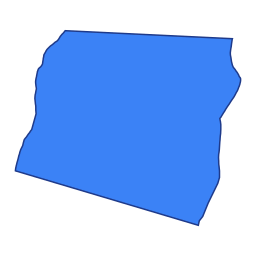 Martin, Choiseul, Saint Lucia (Robinson projection)
{"feature_id": "8701671B20776144053651", "entity_name": "Martin", "entity_type": "district", "adm_level": 2, "iso_a3": "LCA", "parent_name": "Saint Lucia", "parent_adm1": "Choiseul", "projection": "robinson", "projection_center": [-61.046, 13.789], "detail": "fine", "context": "isolated", "style": "filled", "palette": "blue", "viewbox_px": 256, "rotation_deg": 0, "n_neighbors": 0, "source": "geoboundaries", "source_scale": "gbopen_adm2", "svg_char_len": 2697}
<svg xmlns="http://www.w3.org/2000/svg" viewBox="0 0 256 256"><path d="M232.4,38.7L65.2,30.7L64.8,31.2L63.2,33.2L62.1,34.2L61.5,34.9L61.3,35.2L60.7,35.9L60.3,36.4L60.1,36.7L59.8,37.2L59.3,38.1L58.8,38.9L58.4,39.5L57.9,40.1L57.3,40.8L57.0,41.0L56.6,41.4L56.1,41.6L55.5,42.0L55.1,42.2L54.7,42.6L54.1,43.1L53.5,43.7L53.2,43.9L52.9,44.2L52.0,44.9L50.7,45.8L50.0,46.4L49.4,47.0L48.8,47.6L48.0,48.4L47.6,48.8L46.9,49.6L46.6,50.1L46.1,50.8L45.7,51.7L44.5,53.8L44.0,54.6L43.8,55.5L43.7,56.1L43.7,56.5L43.6,57.1L43.3,58.1L43.2,59.2L43.1,60.0L42.9,61.1L42.8,61.8L42.7,62.4L42.5,64.0L42.1,64.7L41.5,65.7L40.6,66.9L40.4,67.1L40.0,67.3L39.4,67.9L38.8,68.4L38.5,68.8L38.2,69.4L37.6,71.2L37.4,71.6L37.2,73.0L36.9,74.2L36.9,74.5L36.7,75.4L36.6,75.8L36.5,76.7L36.1,78.2L36.0,78.7L35.9,79.4L35.7,80.4L35.7,80.8L35.6,81.5L35.6,82.4L35.7,83.7L35.9,85.1L35.9,85.6L36.1,86.8L36.2,87.2L36.3,88.1L36.4,89.0L36.2,89.7L36.1,90.1L35.8,91.8L35.6,92.9L35.5,93.6L35.2,94.7L35.1,95.3L35.1,95.8L35.0,96.4L35.0,96.7L35.0,97.1L35.0,97.4L34.9,97.7L34.9,98.9L35.1,100.4L35.1,101.0L35.2,101.5L35.3,102.6L35.4,103.8L35.7,105.5L35.8,107.1L35.8,108.2L35.8,109.3L35.8,110.4L35.9,110.9L35.9,111.4L36.0,112.8L36.1,113.2L36.0,114.1L31.7,129.6L31.2,130.2L30.5,131.1L30.2,131.5L29.9,132.1L29.2,133.1L28.8,133.5L28.2,134.3L27.4,135.5L26.6,136.7L26.4,137.0L25.8,137.7L25.4,138.1L25.0,138.7L24.6,139.1L24.3,139.6L24.0,140.4L23.8,141.2L23.4,142.6L22.7,145.6L22.0,147.0L21.6,147.8L21.1,148.8L20.8,149.5L20.6,149.9L20.5,150.4L20.2,151.2L19.8,152.3L19.7,152.8L19.5,153.8L19.2,154.7L18.8,155.8L18.6,156.7L18.3,158.0L18.0,159.2L17.7,160.3L17.3,161.7L17.1,162.3L17.0,162.7L16.7,164.0L16.5,164.8L16.3,165.5L16.2,166.0L15.7,168.2L15.4,170.8L15.6,170.9L198.3,225.3L199.3,220.8L202.7,216.5L208.2,203.0L217.8,183.3L219.5,177.5L219.5,170.9L219.2,167.9L219.0,166.0L218.8,164.7L218.7,162.4L218.7,161.1L218.6,159.7L218.5,157.4L218.6,155.6L218.7,154.1L219.0,152.4L219.3,149.8L219.8,141.9L220.0,140.1L220.1,138.3L220.3,135.9L220.6,133.7L220.7,131.5L220.8,129.4L220.8,126.9L220.8,124.6L220.6,123.0L220.4,121.4L220.1,120.2L219.8,118.4L220.3,117.9L220.9,117.2L221.5,116.1L222.6,114.3L223.5,112.8L224.5,111.4L225.6,109.4L227.6,106.3L229.3,103.9L230.6,101.8L232.0,99.7L233.0,98.3L233.9,97.0L234.7,95.6L235.6,93.9L236.3,92.5L237.4,90.7L238.1,89.0L238.8,87.0L239.1,86.5L239.5,85.3L239.8,84.4L240.1,83.0L240.4,82.0L240.6,80.4L240.6,79.2L240.5,78.3L240.1,77.6L239.5,76.9L239.0,76.0L238.6,74.9L237.9,73.7L237.0,72.2L236.1,71.1L235.1,69.5L233.3,67.3L232.4,65.2L232.0,63.6L231.5,61.6L231.2,59.6L230.9,57.5L230.4,55.0L230.3,52.8L230.6,50.2L230.9,48.2L231.2,46.7L231.4,45.0L231.6,43.4L231.9,41.4L232.2,39.4L232.4,38.7Z" fill="#3b82f6" stroke="#1e3a8a" stroke-width="1.5"/></svg>